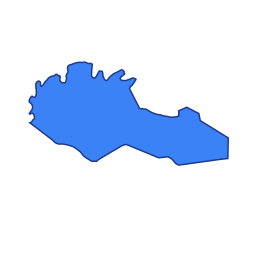 the district of Cane, La Paz, Honduras, rotated 209°
{"feature_id": "27666195B14338204727731", "entity_name": "Cane", "entity_type": "district", "adm_level": 2, "iso_a3": "HND", "parent_name": "Honduras", "parent_adm1": "La Paz", "projection": "robinson", "projection_center": [-87.651, 14.283], "detail": "fine", "context": "isolated", "style": "filled", "palette": "blue", "viewbox_px": 256, "rotation_deg": 209, "n_neighbors": 0, "source": "geoboundaries", "source_scale": "gbopen_adm2", "svg_char_len": 5709}
<svg xmlns="http://www.w3.org/2000/svg" viewBox="0 0 256 256"><g transform="rotate(209 128 128)"><path d="M190.9,166.5L191.2,166.6L191.5,166.5L192.1,166.3L192.5,166.2L193.1,165.7L193.3,165.5L193.7,165.3L194.1,165.2L194.4,165.1L194.9,165.0L197.0,164.8L197.4,164.8L197.8,164.6L198.2,164.4L200.3,162.9L201.1,162.5L201.7,162.2L202.3,161.9L202.9,161.6L203.3,161.3L203.7,160.9L204.4,160.2L204.8,159.8L205.6,159.2L205.9,159.0L206.6,158.1L208.5,155.9L208.9,155.5L209.3,155.1L209.9,154.5L210.1,154.1L210.3,153.7L210.3,153.4L210.4,153.1L210.4,152.5L210.2,151.8L210.0,151.2L209.8,150.7L208.2,148.8L207.9,148.4L207.8,148.0L207.7,147.6L207.6,147.0L207.6,146.4L207.7,145.6L207.6,144.9L207.5,144.2L207.2,143.2L207.0,142.8L206.2,142.0L205.6,141.4L205.5,141.2L205.4,140.4L205.0,139.0L204.9,138.5L204.9,137.8L204.9,137.4L205.0,136.9L205.1,136.7L205.8,136.4L206.9,136.0L207.6,135.7L207.9,135.7L208.3,135.7L208.7,135.7L209.0,135.8L209.7,136.1L210.3,136.3L210.9,136.7L211.0,136.8L211.1,137.1L211.5,138.3L211.6,138.7L211.7,139.3L211.8,139.4L212.0,139.5L212.2,139.8L212.3,140.0L212.5,140.4L213.0,140.5L213.4,140.4L213.7,140.3L213.8,140.2L214.0,140.0L214.1,139.9L214.3,139.9L214.7,139.9L215.1,140.2L215.5,140.4L215.9,140.4L216.3,140.4L216.5,140.4L216.8,140.2L217.0,140.1L217.1,139.9L217.3,139.7L217.4,139.3L217.5,138.8L217.6,138.6L217.8,138.2L218.0,137.9L218.3,137.6L219.1,137.0L219.6,136.5L220.7,135.1L221.2,134.3L221.5,133.8L221.7,133.2L222.2,130.7L222.8,128.4L222.9,127.2L223.1,125.8L223.1,125.0L223.1,124.6L223.3,123.9L223.4,123.5L223.6,123.1L223.9,122.7L224.1,122.4L224.4,122.3L224.6,122.3L224.8,122.4L224.9,122.5L226.5,125.2L226.7,125.4L227.0,125.6L227.6,125.8L228.0,125.9L228.4,125.9L228.8,125.7L229.1,125.6L229.4,125.3L229.6,125.0L229.8,124.6L229.9,124.2L230.0,123.8L230.1,123.5L230.1,123.1L230.1,122.8L230.1,122.4L229.7,121.4L229.2,120.6L228.2,118.9L227.6,117.9L226.8,117.0L226.4,116.4L225.9,115.6L225.6,115.0L225.1,114.1L224.6,112.8L224.4,112.0L224.2,111.4L224.2,111.1L224.2,110.8L224.3,110.4L224.3,110.2L224.5,109.9L224.7,109.6L224.8,109.4L225.1,109.2L225.4,109.1L225.7,109.0L226.0,109.1L226.4,109.3L226.6,109.3L227.1,109.4L227.3,109.3L227.5,109.2L227.8,108.6L227.9,108.1L228.0,107.4L228.0,106.7L228.0,106.0L228.0,105.3L227.9,104.7L227.7,104.2L227.6,103.8L227.3,103.5L227.1,103.1L226.7,102.9L226.3,102.7L225.2,102.5L223.9,102.1L223.5,101.9L222.9,101.5L222.5,101.2L222.2,100.8L221.9,100.4L221.5,99.8L221.2,99.3L221.0,98.7L221.0,98.3L220.9,97.5L220.9,97.1L220.9,96.8L221.2,94.9L221.3,93.6L221.3,93.3L221.2,92.9L221.2,92.7L220.9,92.5L220.6,92.6L219.4,94.0L218.9,94.5L218.7,94.6L218.3,94.6L218.1,94.6L217.8,94.6L217.6,94.4L217.1,94.1L216.6,93.7L215.9,93.0L215.2,92.4L214.8,91.9L214.7,91.7L214.5,91.3L214.4,91.1L215.2,88.4L215.2,88.2L215.1,87.9L215.1,87.6L215.1,87.2L215.2,86.8L215.4,86.3L215.6,85.8L216.0,85.4L216.4,85.0L188.5,80.9L187.6,80.7L185.5,80.1L184.9,80.0L184.6,79.9L183.7,79.9L182.7,80.0L181.9,80.1L181.2,80.3L180.6,80.5L179.4,81.2L178.9,81.4L178.2,81.9L178.0,82.1L173.4,83.7L171.5,84.2L168.8,84.7L167.3,85.0L166.4,85.0L165.8,85.0L165.0,85.0L163.1,84.8L160.8,84.5L159.0,84.1L158.0,83.9L157.3,83.7L153.6,82.1L151.9,81.8L150.1,81.6L149.4,81.5L147.6,81.5L145.8,81.4L145.0,81.3L144.6,81.3L144.3,81.3L143.9,81.4L143.3,81.6L142.7,81.8L142.1,82.1L141.7,82.3L141.1,82.8L140.0,83.3L139.4,83.6L139.2,83.9L139.0,84.2L138.8,85.2L138.6,85.8L136.7,89.2L124.6,109.8L123.6,111.0L121.9,112.4L120.9,113.0L119.9,113.0L86.8,116.8L78.9,122.3L76.6,122.3L75.6,122.2L74.1,121.9L71.5,121.0L69.4,120.2L68.0,120.0L66.9,120.1L65.7,120.1L32.0,145.4L25.9,149.7L35.5,167.9L68.4,169.5L73.1,175.0L86.7,174.6L92.0,167.6L89.4,163.1L90.0,162.4L90.4,162.0L91.7,160.8L94.8,158.8L95.3,158.5L95.8,158.2L96.7,157.9L97.5,157.7L97.9,157.6L103.5,155.6L104.1,155.5L104.5,155.5L105.1,155.5L105.4,155.4L105.8,155.3L106.2,155.2L107.4,154.6L109.0,154.1L109.9,153.8L111.1,153.6L112.4,153.4L113.8,153.2L115.1,153.1L116.2,153.1L118.1,153.1L118.7,153.1L120.2,153.2L120.7,153.2L121.1,153.2L121.7,153.1L122.1,152.9L126.4,151.1L127.5,150.8L145.6,163.0L146.0,165.1L146.0,165.8L145.2,166.7L145.1,167.5L144.7,171.2L144.6,173.3L144.6,173.9L144.6,174.3L144.7,174.5L144.8,174.6L145.3,174.6L147.1,174.4L147.7,174.2L148.0,174.1L148.4,173.8L148.7,173.5L149.1,172.9L149.7,172.1L151.8,169.6L152.3,169.0L152.8,168.6L153.3,168.2L153.8,167.9L154.3,167.6L154.8,167.4L155.8,167.0L156.3,166.8L156.9,166.6L157.2,166.6L157.4,166.6L157.7,166.6L158.0,166.8L158.3,167.0L158.5,167.2L158.7,167.5L158.8,167.9L158.9,168.3L158.9,168.7L158.8,169.2L158.7,169.6L158.0,171.2L157.4,172.6L157.3,173.0L157.3,173.3L157.2,173.6L157.3,173.7L157.3,173.8L157.7,173.9L157.9,173.9L158.0,174.0L158.3,174.8L158.6,175.1L158.7,175.3L159.0,175.5L159.6,175.8L159.8,175.9L160.1,176.0L160.6,176.1L161.0,176.0L161.4,175.9L161.8,175.7L162.0,175.5L162.3,175.2L162.5,175.0L165.1,170.8L166.3,169.3L166.8,168.5L167.2,167.8L167.4,167.5L167.5,167.1L168.1,165.3L168.9,163.1L169.0,162.8L169.0,161.5L169.2,160.5L169.3,159.7L169.5,159.4L169.8,159.2L170.2,159.0L170.4,158.9L170.7,158.9L171.0,158.9L171.5,158.9L171.9,159.1L172.3,159.3L172.6,159.4L173.8,160.4L174.7,161.0L175.0,161.2L176.5,163.5L177.2,164.3L177.8,164.9L178.0,164.9L178.1,165.0L179.1,164.7L179.7,164.5L180.3,164.2L180.6,163.9L180.7,163.6L180.8,163.3L180.8,163.0L180.8,159.7L180.7,158.6L180.7,158.2L180.8,157.7L180.9,156.8L181.0,156.4L181.2,156.0L181.3,155.8L181.4,155.6L181.7,155.4L182.0,155.3L182.2,155.2L182.7,155.1L183.0,155.1L183.4,155.1L183.8,155.2L184.1,155.2L184.5,155.4L184.7,155.5L185.0,155.7L185.1,155.9L185.7,156.9L186.8,159.0L188.1,161.8L188.3,162.4L188.4,162.6L188.7,163.0L188.9,163.3L189.0,163.7L189.3,164.7L189.6,165.5L189.9,165.8L190.0,165.9L190.1,166.1L190.1,166.4L190.4,166.5L190.9,166.5Z" fill="#3b82f6" stroke="#1e3a8a" stroke-width="1.5"/></g></svg>